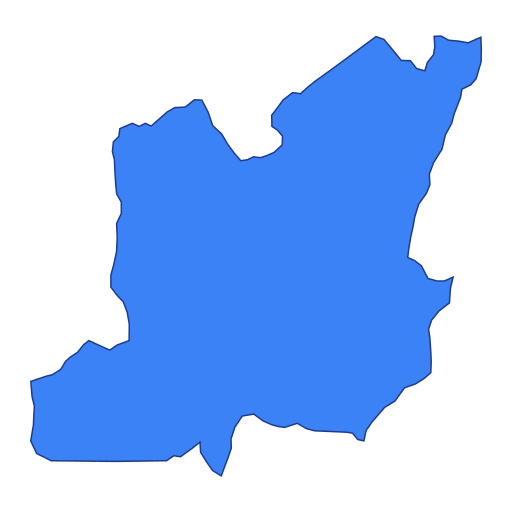 Rio das Pedras, São Paulo, Brazil
{"feature_id": "56859067B32599157784943", "entity_name": "Rio das Pedras", "entity_type": "district", "adm_level": 2, "iso_a3": "BRA", "parent_name": "Brazil", "parent_adm1": "São Paulo", "projection": "equal_earth", "projection_center": [-47.595, -22.845], "detail": "fine", "context": "isolated", "style": "filled", "palette": "blue", "viewbox_px": 512, "rotation_deg": 0, "n_neighbors": 0, "source": "geoboundaries", "source_scale": "gbopen_adm2", "svg_char_len": 2042}
<svg xmlns="http://www.w3.org/2000/svg" viewBox="0 0 512 512"><path d="M453.1,277.1L444.3,281.0L437.1,281.0L428.0,278.5L421.4,265.8L414.3,260.4L407.7,257.5L408.7,249.5L410.6,237.7L412.9,227.3L414.8,216.7L418.7,204.1L426.3,193.5L429.9,184.8L429.3,174.2L433.5,162.8L442.0,149.1L445.4,134.8L451.7,123.3L454.0,114.3L457.1,106.3L460.6,97.1L461.9,89.2L470.7,84.9L476.1,78.8L481.1,61.7L481.3,48.9L480.9,37.2L468.2,42.8L458.4,41.1L448.6,40.2L441.3,36.1L434.2,36.3L434.8,46.7L433.5,54.7L427.3,62.6L424.8,70.8L416.6,68.6L410.4,60.7L401.2,60.4L393.7,51.1L383.9,39.4L376.0,36.6L329.7,70.8L314.9,81.4L307.4,87.5L300.5,93.7L292.7,92.6L283.2,99.8L277.1,108.2L271.7,115.2L271.9,126.4L277.3,130.0L282.5,136.1L282.2,144.9L274.1,152.4L266.3,155.8L260.4,157.7L253.5,156.8L247.7,159.7L240.8,160.7L233.9,152.7L227.9,144.5L221.6,133.9L212.7,125.6L208.1,112.1L201.8,100.1L194.3,99.8L185.2,107.1L174.7,107.6L167.0,112.1L161.6,116.9L156.5,121.3L151.2,126.1L145.4,123.3L139.2,126.4L132.3,123.3L126.4,125.9L119.9,128.6L118.8,136.5L113.4,141.8L112.4,151.5L114.4,159.7L114.9,170.6L115.7,184.3L116.7,194.0L121.3,202.2L121.3,213.6L116.6,223.4L117.2,237.2L116.6,251.2L113.8,264.5L110.9,274.9L110.9,287.2L118.0,296.4L123.2,301.7L127.2,312.1L129.3,324.4L129.1,340.6L117.2,345.0L109.7,350.1L100.3,345.9L94.7,343.3L88.9,340.6L83.6,344.7L77.5,352.4L70.7,356.8L65.7,361.2L60.7,369.4L52.3,374.7L46.5,376.1L30.8,381.4L32.1,396.7L34.4,406.3L33.8,415.8L33.4,425.2L30.7,440.9L36.7,453.5L51.1,460.7L115.7,461.4L166.6,460.7L173.9,455.7L180.4,456.8L193.1,447.6L200.0,442.1L200.6,452.3L207.1,462.7L212.7,470.6L221.2,475.9L227.3,459.7L231.3,448.2L231.0,439.0L234.8,427.3L242.3,416.0L253.8,414.1L262.9,420.8L271.7,424.7L277.7,426.4L284.6,427.4L297.3,423.3L306.3,428.6L314.6,430.8L346.6,432.2L352.5,433.1L357.7,439.5L363.9,440.9L366.1,430.5L372.0,422.0L384.7,407.3L394.9,401.1L404.5,387.8L415.5,383.9L423.7,378.8L430.8,372.7L431.2,361.7L430.9,353.4L429.9,338.5L428.6,329.2L431.6,320.1L439.1,310.9L449.4,302.9L450.5,288.0L453.1,277.1Z" fill="#3b82f6" stroke="#1e3a8a" stroke-width="1.5"/></svg>